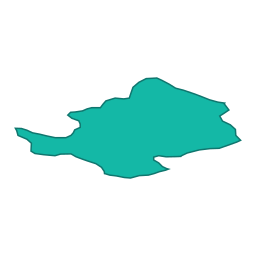 the district of Nyköping, Södermanland, Sweden
{"feature_id": "70781695B52980930896753", "entity_name": "Nyköping", "entity_type": "district", "adm_level": 2, "iso_a3": "SWE", "parent_name": "Sweden", "parent_adm1": "Södermanland", "projection": "equal_earth", "projection_center": [16.866, 58.841], "detail": "fine", "context": "isolated", "style": "filled", "palette": "teal", "viewbox_px": 256, "rotation_deg": 0, "n_neighbors": 0, "source": "geoboundaries", "source_scale": "gbopen_adm2", "svg_char_len": 1232}
<svg xmlns="http://www.w3.org/2000/svg" viewBox="0 0 256 256"><path d="M104.5,173.6L105.5,173.8L109.7,175.1L116.3,175.9L124.3,177.5L130.5,178.0L139.3,175.6L148.4,175.1L154.3,173.5L159.3,171.7L165.5,170.2L168.4,169.1L166.6,168.6L162.4,166.6L158.7,162.9L153.7,160.0L153.7,157.1L158.7,155.7L166.1,156.8L176.2,156.6L180.9,156.4L181.3,155.8L187.2,153.0L199.3,149.9L210.1,148.6L219.2,148.3L236.7,142.1L240.6,140.3L235.8,135.4L235.4,129.4L230.3,124.8L222.5,121.1L219.7,116.0L223.4,113.7L228.9,110.0L224.2,103.8L224.7,103.1L217.8,102.1L209.5,99.8L201.7,96.7L194.9,94.1L183.4,90.2L175.6,88.2L169.2,84.2L161.8,80.3L156.8,78.0L155.9,78.1L146.2,78.6L138.9,82.3L133.0,87.3L131.1,92.7L129.3,98.1L123.8,98.9L115.1,98.1L105.9,100.9L103.1,104.1L100.4,107.7L91.7,107.7L87.1,108.9L82.5,110.9L75.1,112.0L70.6,112.3L68.5,114.4L67.8,115.1L71.9,118.3L78.8,120.8L80.2,124.0L80.2,127.4L74.7,129.9L73.3,132.8L71.0,135.4L65.9,137.7L55.3,137.7L46.6,135.9L39.7,134.2L32.4,132.8L26.9,130.2L21.4,128.5L15.4,128.3L16.7,130.6L18.0,135.4L26.9,139.2L31.4,143.2L31.0,151.1L34.9,153.5L43.8,154.7L55.0,155.7L60.5,154.1L71.1,153.9L75.9,156.7L82.3,159.1L87.4,160.9L96.0,163.7L101.5,167.3L104.3,171.5L104.5,173.6Z" fill="#14b8a6" stroke="#0f766e" stroke-width="1.5"/></svg>